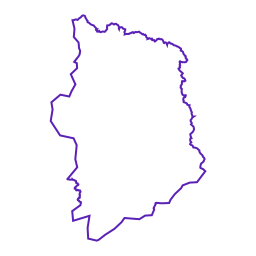 the district of Cagaan-U'ur, Hövsgöl, Mongolia
{"feature_id": "93677404B89482084042142", "entity_name": "Cagaan-U'ur", "entity_type": "district", "adm_level": 2, "iso_a3": "MNG", "parent_name": "Mongolia", "parent_adm1": "Hövsgöl", "projection": "mercator", "projection_center": [101.619, 50.905], "detail": "fine", "context": "isolated", "style": "outline", "palette": "violet", "viewbox_px": 256, "rotation_deg": 0, "n_neighbors": 0, "source": "geoboundaries", "source_scale": "gbopen_adm2", "svg_char_len": 5617}
<svg xmlns="http://www.w3.org/2000/svg" viewBox="0 0 256 256"><path d="M205.3,171.2L203.1,169.1L200.7,168.1L200.3,167.7L200.4,166.4L200.7,164.9L201.0,163.8L201.5,163.3L203.7,161.4L203.7,160.9L204.6,159.1L204.6,158.8L204.3,158.4L204.1,157.8L202.8,156.6L202.7,156.2L202.7,155.7L202.5,155.4L200.3,153.3L199.5,151.9L199.4,151.6L199.5,150.7L199.2,150.2L198.8,150.0L197.2,148.4L194.8,147.5L193.7,147.6L193.4,147.5L193.1,147.0L192.8,146.0L192.3,145.4L190.9,144.9L190.1,144.2L190.2,143.8L190.5,143.1L191.3,142.3L190.4,141.1L190.1,139.9L190.2,139.5L190.4,138.5L190.7,138.1L191.4,138.1L190.6,136.0L190.3,134.5L190.4,133.9L191.4,133.3L193.2,131.4L193.6,130.3L194.1,129.3L193.5,126.6L191.0,124.4L191.7,123.4L191.8,123.1L190.7,121.2L190.6,120.2L190.8,120.0L191.7,118.8L192.3,117.5L193.8,116.5L192.9,116.5L192.4,116.2L191.6,113.6L191.6,112.8L191.9,112.3L190.8,110.4L190.8,109.8L190.4,108.4L190.0,108.1L189.8,107.6L189.4,107.0L189.4,105.7L189.5,105.2L188.7,105.2L187.6,104.8L187.2,104.6L187.0,103.6L185.8,102.9L185.0,102.6L184.0,102.1L183.7,102.1L183.5,101.7L183.7,100.6L183.2,99.9L183.5,98.1L183.9,97.5L185.1,97.2L185.4,96.7L185.8,95.3L185.6,95.1L185.4,95.1L185.1,95.5L184.4,95.6L182.6,94.8L182.2,94.1L182.1,93.4L181.7,92.8L181.7,92.3L181.7,91.9L181.6,91.2L181.7,90.1L181.6,89.6L181.9,89.0L181.8,88.8L180.6,87.7L180.8,87.2L180.8,86.3L180.7,85.8L181.8,84.4L181.9,84.1L181.8,83.1L182.1,82.5L182.0,81.4L182.2,81.1L182.6,81.3L183.1,81.1L184.2,81.4L185.4,80.7L185.3,80.2L184.6,78.8L184.1,78.3L183.7,78.1L183.1,78.1L182.9,78.0L182.2,76.8L181.7,76.6L181.6,76.0L181.2,75.4L182.6,73.7L182.8,73.3L179.4,70.3L179.2,69.5L178.7,69.1L178.5,68.6L179.7,67.9L180.0,67.3L179.6,66.4L180.2,65.5L180.2,65.3L179.8,65.0L179.7,64.6L179.9,64.1L180.1,62.8L179.7,62.4L179.6,62.0L179.7,61.5L180.0,61.3L180.3,61.3L181.0,61.9L183.0,62.2L183.6,62.9L183.4,62.6L183.6,62.3L183.9,62.2L184.6,62.3L186.2,61.9L186.5,61.3L186.6,60.7L187.3,60.1L187.1,59.8L187.0,59.5L186.8,59.3L186.7,59.0L186.1,58.6L185.6,57.9L185.8,56.9L185.6,56.0L185.3,55.8L184.7,55.7L184.3,54.7L183.6,54.0L183.3,53.3L183.1,52.1L182.1,51.1L180.8,50.6L181.1,50.0L180.9,49.4L181.0,48.9L180.7,48.4L179.8,48.0L179.0,47.2L178.7,47.2L177.5,46.4L176.6,46.3L175.9,45.7L175.3,45.5L173.5,45.1L172.8,44.2L172.3,43.9L171.2,43.8L170.9,43.4L170.3,43.4L169.4,42.3L168.9,42.3L167.2,44.0L167.1,44.7L166.5,43.3L166.2,42.8L165.8,42.5L164.7,42.4L164.2,42.7L164.1,43.0L163.8,42.9L163.7,42.1L163.3,41.5L162.8,40.2L162.0,39.4L161.6,39.1L161.0,39.1L160.2,39.3L159.0,38.6L158.2,39.1L157.8,39.2L157.3,39.0L156.9,39.7L155.3,41.3L154.7,41.4L154.6,40.8L154.2,40.1L152.3,40.1L152.0,39.9L152.3,39.2L151.9,38.6L151.2,38.9L150.3,38.7L149.5,38.2L149.1,38.2L148.4,38.8L148.0,38.9L148.2,38.6L148.2,38.3L147.4,38.1L146.5,37.5L146.2,36.9L146.1,35.9L145.3,34.8L144.9,35.1L144.4,35.0L143.3,34.2L143.2,34.4L142.4,34.3L141.5,33.5L140.0,32.6L139.2,31.7L138.5,31.8L137.5,32.1L136.1,32.1L135.8,31.9L134.3,32.6L133.8,33.1L133.5,33.0L133.1,32.2L132.9,32.1L132.1,32.5L131.4,32.6L131.2,32.9L130.7,33.3L130.1,33.2L129.2,33.8L128.7,34.0L128.3,33.8L127.6,34.0L126.5,33.9L124.8,34.4L125.0,33.8L124.4,32.1L125.2,30.4L125.1,29.6L125.2,29.3L123.4,28.8L122.6,28.2L122.4,27.5L122.0,27.3L120.7,27.2L119.9,27.5L119.4,28.0L119.1,29.1L118.8,28.4L118.8,28.0L119.1,27.6L119.0,27.0L118.5,25.9L117.9,25.0L117.3,24.9L116.3,23.9L114.9,23.9L114.1,24.5L112.4,23.5L111.7,23.3L111.2,23.5L110.7,24.2L110.4,24.2L109.9,24.8L109.0,25.3L107.2,25.4L107.0,27.5L107.2,28.6L107.1,29.0L105.9,30.6L104.8,31.8L102.8,31.5L100.5,32.2L99.6,31.6L99.3,31.1L98.8,31.7L97.3,31.7L97.1,31.3L97.3,30.7L96.6,30.6L95.9,29.8L95.9,29.7L96.2,29.3L96.9,28.9L96.2,28.6L95.8,27.8L94.4,26.5L94.0,25.8L93.8,25.5L91.1,24.6L88.9,22.7L87.8,22.3L87.5,22.0L87.6,20.9L87.2,20.6L85.3,17.4L85.1,16.2L84.6,15.8L83.2,15.4L82.7,15.5L81.6,16.2L81.1,17.1L79.0,18.4L78.1,19.5L77.6,19.9L75.8,19.4L75.1,19.6L73.9,20.1L72.5,20.2L74.5,28.7L73.8,37.0L78.5,42.4L78.8,44.5L79.0,48.1L79.7,49.6L80.2,51.4L80.0,52.1L79.8,53.3L79.7,53.3L79.6,54.4L79.5,54.7L78.2,56.9L77.8,57.2L77.7,57.4L76.8,58.4L76.5,59.1L75.9,59.5L75.5,60.1L75.4,60.6L74.8,61.0L74.2,61.9L76.8,63.2L77.1,68.2L70.8,74.2L75.4,84.4L71.5,91.3L69.3,96.5L60.4,94.7L51.4,102.3L52.6,109.5L50.7,121.0L60.1,135.4L73.6,138.3L76.7,145.2L75.3,159.1L77.2,167.3L67.4,179.1L67.5,179.3L68.8,179.2L69.3,179.6L71.1,179.7L71.9,179.6L72.1,179.4L72.2,179.1L72.8,179.8L73.9,179.9L74.3,180.2L74.6,180.5L75.5,180.7L75.9,180.9L76.1,181.4L76.0,181.9L76.2,182.9L76.7,183.0L76.8,183.3L77.7,183.5L77.9,184.1L78.4,184.4L78.4,184.7L78.3,184.9L78.0,184.9L77.5,185.4L76.9,185.7L76.4,186.3L76.0,186.5L75.8,187.0L75.4,187.1L75.0,187.4L74.7,188.0L74.7,188.3L75.3,188.3L75.4,188.5L75.1,188.8L75.4,189.1L75.6,189.3L75.9,189.3L76.1,189.7L76.1,190.1L76.3,190.3L76.7,190.0L77.3,190.2L77.6,189.9L77.8,189.8L78.5,190.2L78.7,190.5L79.4,190.6L79.8,190.4L80.2,191.1L80.5,191.4L80.5,191.9L80.3,192.1L80.2,192.4L79.8,192.9L79.7,193.6L79.6,193.8L79.6,194.1L79.5,194.4L79.6,194.6L80.0,195.0L79.7,195.8L79.8,196.5L79.5,196.7L79.5,196.9L79.6,197.2L79.8,197.3L79.8,197.5L79.6,197.5L79.2,198.1L78.5,198.2L78.3,198.4L78.3,198.7L77.7,199.4L77.9,200.2L78.5,200.3L78.8,200.7L79.2,200.9L79.3,201.5L79.5,201.6L80.3,202.0L80.7,202.0L81.0,202.3L80.4,205.2L72.2,211.1L73.1,220.8L89.5,215.8L87.6,228.0L88.2,238.6L96.7,240.6L98.6,239.9L105.0,234.9L114.6,228.7L121.4,222.3L124.5,218.0L139.4,219.2L145.1,215.6L151.8,215.2L154.2,209.5L154.2,209.2L153.7,208.7L153.6,208.1L154.0,207.5L154.6,206.0L155.1,205.4L155.3,204.8L155.6,204.4L155.4,203.5L155.5,203.2L156.1,202.8L161.8,203.3L169.1,203.0L170.6,199.6L174.8,194.1L181.1,188.2L182.6,185.4L189.8,182.6L197.0,182.2L205.3,171.2Z" fill="none" stroke="#5b21b6" stroke-width="2"/></svg>